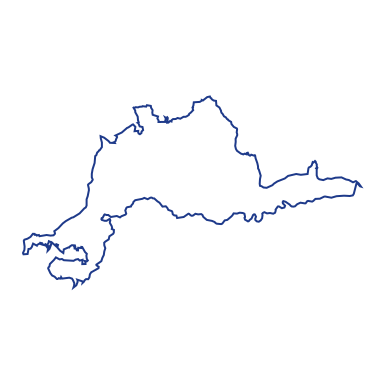 Risca, Cluj, Romania (Mercator projection)
{"feature_id": "2599482B15866458666366", "entity_name": "Risca", "entity_type": "district", "adm_level": 2, "iso_a3": "ROU", "parent_name": "Romania", "parent_adm1": "Cluj", "projection": "mercator", "projection_center": [23.11, 46.713], "detail": "fine", "context": "isolated", "style": "outline", "palette": "blue", "viewbox_px": 384, "rotation_deg": 0, "n_neighbors": 0, "source": "geoboundaries", "source_scale": "gbopen_adm2", "svg_char_len": 5961}
<svg xmlns="http://www.w3.org/2000/svg" viewBox="0 0 384 384"><path d="M82.6,282.9L83.9,281.7L84.7,280.2L86.1,279.1L88.2,279.2L89.4,277.3L89.9,274.3L91.2,272.3L98.5,268.2L98.7,266.8L96.5,265.3L96.4,264.6L101.3,261.2L102.4,257.8L103.8,255.0L104.3,251.4L105.3,248.2L104.3,245.4L104.2,242.7L105.3,241.6L108.7,239.4L109.4,236.3L113.2,233.8L113.8,232.6L113.9,229.9L111.8,229.0L112.1,227.8L111.7,226.1L109.9,223.0L109.8,222.1L110.3,220.5L110.0,219.2L109.5,219.0L106.6,220.8L104.7,220.8L101.8,219.9L101.4,219.2L101.7,218.1L102.6,217.9L104.3,214.7L104.7,214.4L106.5,215.0L108.3,215.0L110.8,217.0L116.8,216.0L120.0,217.4L121.5,216.2L125.5,214.6L126.2,213.7L125.3,210.4L126.5,207.7L127.2,207.2L131.0,206.5L131.3,205.5L133.0,203.5L133.4,202.0L135.2,200.2L142.4,198.8L144.3,197.9L147.7,199.2L150.4,197.7L151.7,197.6L153.0,198.4L154.2,198.4L157.4,201.3L159.5,202.7L162.5,206.6L165.8,206.3L167.3,207.9L168.3,209.9L171.8,211.1L172.3,211.9L172.8,214.3L174.3,215.4L176.4,215.6L177.1,218.0L183.7,217.0L188.4,213.7L189.2,213.9L190.6,215.3L191.9,215.8L193.1,215.5L195.4,213.8L198.1,214.4L201.2,214.1L202.4,214.9L203.3,216.9L206.8,219.9L212.0,220.9L214.6,222.0L215.6,223.1L216.8,223.7L221.1,224.1L222.3,223.6L224.7,220.4L227.3,219.9L231.1,216.7L232.4,215.4L233.6,213.4L237.0,213.6L239.7,212.7L242.8,213.0L244.4,213.7L245.0,216.4L245.0,217.2L244.5,217.8L245.0,219.6L248.0,221.4L248.8,221.1L249.7,219.9L251.5,218.6L253.1,215.0L254.1,214.3L254.9,214.5L256.0,216.7L255.2,218.9L255.4,220.1L256.9,221.4L258.8,221.7L260.7,220.4L262.1,218.3L262.5,215.3L262.3,213.6L263.1,212.8L264.4,212.2L267.0,213.4L270.0,213.0L273.2,213.7L275.1,212.7L275.7,210.6L275.6,209.6L277.8,206.5L278.9,206.4L281.9,208.2L284.4,207.5L285.1,205.7L282.9,203.4L282.7,202.1L283.3,201.1L285.6,201.8L289.7,204.6L290.7,205.8L291.8,206.5L293.6,206.6L295.0,206.3L297.2,204.2L300.4,202.7L305.0,203.4L305.6,203.3L307.2,201.2L308.1,200.9L312.1,201.6L313.2,201.0L315.4,198.9L319.9,198.7L324.0,196.7L325.0,196.5L331.4,197.7L336.5,196.2L344.1,195.7L349.8,196.0L352.8,195.4L353.8,193.8L356.4,183.7L357.0,183.2L357.7,183.6L360.0,186.3L361.0,186.6L358.7,183.4L355.9,181.1L353.0,182.3L348.8,180.0L346.1,179.5L341.5,177.4L335.5,177.7L331.3,178.9L327.5,178.4L323.3,180.1L319.3,179.3L317.7,178.1L316.7,175.4L316.7,169.4L317.2,168.2L316.3,168.1L317.0,166.9L316.7,165.7L316.8,164.5L315.8,162.6L315.7,161.7L315.0,161.0L313.5,162.5L312.7,162.1L311.7,165.4L310.5,166.7L308.8,167.5L308.4,168.5L307.6,174.0L300.9,174.8L296.2,174.0L288.1,175.9L284.8,178.5L277.4,181.4L274.0,183.6L272.4,185.2L266.7,187.8L263.5,187.5L261.5,186.2L260.0,185.8L259.7,183.7L260.0,179.1L260.7,175.7L258.9,169.8L258.1,168.5L258.0,166.2L257.3,163.1L255.6,158.3L255.1,155.5L254.8,155.2L253.9,155.6L251.2,154.7L250.3,155.6L249.8,155.6L248.4,154.6L248.3,153.5L247.8,152.7L246.7,153.1L246.5,154.3L244.5,153.7L243.3,154.4L240.9,153.6L237.0,150.8L235.9,148.9L235.2,145.9L235.7,141.9L235.6,138.8L237.2,135.3L237.2,134.1L236.7,132.4L237.1,129.3L236.9,128.5L233.8,126.9L231.5,124.1L231.1,121.9L228.3,120.2L228.1,119.6L226.9,118.9L225.9,117.4L224.0,116.3L222.5,113.7L221.6,112.9L221.1,111.7L221.0,110.7L219.4,107.5L216.4,105.4L216.0,100.9L213.6,100.5L211.7,99.2L211.3,98.3L210.5,97.9L209.9,96.5L207.2,97.1L202.9,100.5L201.8,100.0L201.8,100.6L199.8,101.9L193.8,102.3L193.4,105.5L192.6,107.4L193.0,107.6L192.7,108.9L193.2,110.1L190.8,112.6L189.2,113.8L188.9,114.9L186.8,116.3L185.6,116.8L183.5,116.8L180.3,118.7L177.6,118.0L175.7,119.0L173.0,119.1L171.7,120.1L171.5,121.5L170.1,121.0L168.4,122.6L167.2,122.7L167.8,118.0L167.2,117.2L166.2,118.0L165.2,117.4L165.9,118.9L165.3,120.4L165.3,121.4L165.9,121.9L158.5,122.0L158.6,120.6L157.4,118.5L158.0,116.5L152.7,114.8L152.3,112.6L152.6,110.2L151.1,107.8L150.8,105.9L146.9,105.2L146.2,106.6L142.5,106.2L142.1,106.6L139.4,106.8L138.1,107.4L135.6,107.2L134.7,107.8L133.8,107.5L133.5,107.7L135.2,110.5L135.3,112.3L137.7,116.6L138.0,120.3L138.7,122.3L137.7,122.8L138.4,123.2L139.7,126.4L142.5,127.0L143.1,130.1L141.6,131.5L141.4,133.1L139.9,134.2L138.6,133.5L138.1,132.0L138.2,130.9L134.6,131.2L135.4,126.9L133.1,124.4L132.4,124.6L128.4,127.4L127.1,127.9L121.8,132.5L115.5,135.5L116.8,136.3L117.1,137.1L116.0,139.4L115.7,140.8L114.9,141.9L114.0,142.2L114.6,143.0L110.0,142.8L108.6,141.1L104.2,137.7L100.6,136.2L100.8,138.4L101.9,142.5L101.9,147.1L99.7,150.2L99.0,150.4L98.5,151.4L97.2,152.5L96.3,155.2L95.2,156.1L94.6,163.0L92.6,169.2L91.8,173.8L91.8,177.4L92.7,179.5L92.6,180.0L91.2,182.2L88.5,184.1L88.0,184.9L88.8,188.4L88.9,190.2L87.7,196.2L86.6,199.3L86.6,205.5L85.8,207.4L84.2,208.5L79.6,213.4L73.3,217.3L71.7,217.7L65.8,221.1L62.8,223.4L58.4,228.1L54.3,231.2L55.0,233.3L54.8,234.0L53.5,235.3L50.6,235.6L46.6,235.0L39.5,236.2L38.9,235.0L36.8,235.5L36.6,234.9L34.7,234.8L34.6,233.9L32.9,233.8L30.5,236.9L27.5,238.7L24.4,239.7L23.8,240.8L24.6,246.5L24.4,249.9L23.0,253.0L23.5,254.3L27.6,254.0L28.5,249.0L30.5,248.7L31.8,247.0L33.1,243.6L36.8,245.6L36.9,245.1L39.2,243.7L39.8,243.8L40.2,242.8L41.9,243.2L41.6,244.4L42.8,244.8L43.2,244.9L43.3,244.5L44.9,244.7L44.8,245.3L45.6,245.5L45.8,244.4L46.7,244.9L46.3,246.1L46.5,246.4L46.8,245.3L48.3,243.4L48.9,241.2L51.7,242.5L50.1,246.3L48.5,246.1L47.7,250.8L49.5,248.9L51.9,242.5L55.7,245.9L56.3,244.2L58.0,244.9L57.3,247.4L60.1,250.7L63.3,253.0L63.8,249.4L68.7,247.3L69.1,247.5L70.2,246.2L71.9,245.2L74.9,245.4L75.3,246.9L74.4,247.1L74.7,247.6L74.6,248.5L76.5,249.0L76.8,250.3L78.0,250.4L78.2,247.8L81.2,248.0L81.3,246.9L82.2,247.0L85.0,252.0L86.8,253.8L86.4,255.7L86.8,258.9L87.8,260.5L86.8,261.4L84.8,261.0L85.4,262.1L85.5,264.0L82.3,264.1L82.5,259.8L79.7,260.6L78.1,259.1L75.7,259.6L73.6,260.8L63.8,260.2L62.0,259.0L59.6,259.4L55.9,257.4L53.9,260.0L49.9,264.0L49.4,266.5L48.4,267.5L48.2,268.5L50.4,273.2L52.1,275.5L54.6,276.7L56.9,279.0L57.6,279.0L58.9,278.1L60.1,278.7L60.7,278.3L61.1,277.1L62.0,278.6L69.3,277.7L72.0,278.6L72.9,280.0L74.3,283.2L74.1,285.6L73.5,287.5L76.3,285.3L77.5,282.3L77.6,280.4L77.3,279.7L82.9,281.5L82.6,282.9Z" fill="none" stroke="#1e3a8a" stroke-width="2"/></svg>